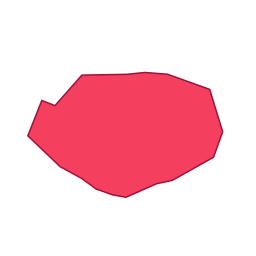 outline of Juršinci, rotated 239°
{"feature_id": "SVN-1042", "entity_name": "Juršinci", "entity_type": "Municipality", "adm_level": 1, "iso_a3": "SVN", "parent_name": "Slovenia", "parent_adm1": "", "projection": "equal_earth", "projection_center": [15.978, 46.485], "detail": "fine", "context": "isolated", "style": "filled", "palette": "rose", "viewbox_px": 256, "rotation_deg": 239, "n_neighbors": 0, "source": "natural_earth", "source_scale": "10m", "svg_char_len": 371}
<svg xmlns="http://www.w3.org/2000/svg" viewBox="0 0 256 256"><g transform="rotate(239 128 128)"><path d="M65.5,123.8L69.7,90.5L78.8,80.2L92.2,69.2L108.8,62.2L129.8,49.9L172.9,38.1L196.0,68.3L184.8,76.9L197.1,115.7L174.6,154.7L166.9,171.1L153.9,189.4L119.0,217.9L76.0,207.2L58.9,186.3L60.3,139.1L65.5,123.8Z" fill="#f43f5e" stroke="#9f1239" stroke-width="1.5"/></g></svg>